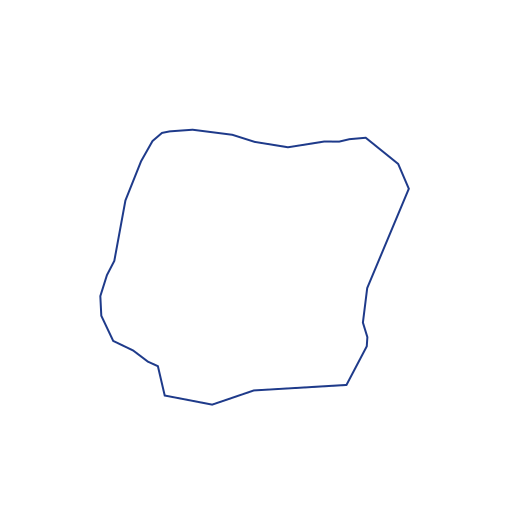 outline of Šmarje pri Jelšah, rotated 43°
{"feature_id": "SVN-993", "entity_name": "Šmarje pri Jelšah", "entity_type": "Municipality", "adm_level": 1, "iso_a3": "SVN", "parent_name": "Slovenia", "parent_adm1": "", "projection": "orthographic", "projection_center": [15.519, 46.216], "detail": "fine", "context": "isolated", "style": "outline", "palette": "blue", "viewbox_px": 512, "rotation_deg": 43, "n_neighbors": 0, "source": "natural_earth", "source_scale": "10m", "svg_char_len": 547}
<svg xmlns="http://www.w3.org/2000/svg" viewBox="0 0 512 512"><g transform="rotate(43 256 256)"><path d="M209.5,415.5L183.6,405.2L169.5,391.5L160.0,371.6L155.7,356.2L122.6,304.4L107.3,265.0L101.9,242.5L103.3,230.1L107.9,223.7L123.5,206.9L156.0,183.5L177.3,173.4L205.2,154.7L227.7,125.9L238.9,115.5L244.7,106.8L255.6,94.7L297.2,91.7L321.9,102.6L359.2,203.6L379.6,231.8L392.8,239.4L398.6,246.5L410.1,288.6L346.1,355.8L325.3,394.6L284.4,420.3L259.4,403.5L249.0,407.0L230.6,408.9L209.5,415.5Z" fill="none" stroke="#1e3a8a" stroke-width="2"/></g></svg>